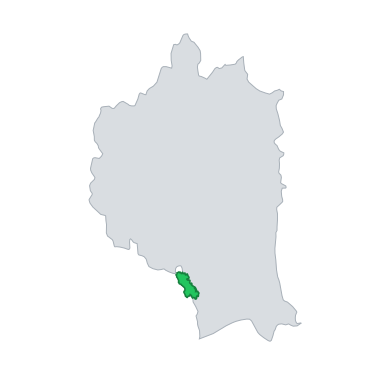 location of Voranava, Grodno, Belarus, rotated 263°
{"feature_id": "67162791B43104058935452", "entity_name": "Voranava", "entity_type": "district", "adm_level": 2, "iso_a3": "BLR", "parent_name": "Belarus", "parent_adm1": "Grodno", "projection": "natural_earth1", "projection_center": [25.132, 54.061], "detail": "fine", "context": "in_parent", "style": "filled", "palette": "green", "viewbox_px": 384, "rotation_deg": 263, "n_neighbors": 0, "source": "geoboundaries", "source_scale": "gbopen_adm2", "svg_char_len": 6889}
<svg xmlns="http://www.w3.org/2000/svg" viewBox="0 0 384 384"><g transform="rotate(263 192 192)"><path d="M320.1,259.4L313.8,259.1L306.2,259.2L302.0,261.6L297.4,260.4L294.1,261.7L286.8,268.2L284.0,271.6L281.3,277.0L279.7,280.9L280.7,283.7L282.2,286.3L282.6,289.1L283.3,291.2L281.5,292.8L280.5,295.1L277.3,294.7L273.4,292.5L272.5,289.3L269.4,287.1L267.4,286.0L264.2,285.8L259.0,286.8L252.3,287.6L247.2,287.8L244.4,289.0L240.3,290.1L238.7,288.8L236.3,285.2L234.4,281.6L233.1,280.0L231.9,279.6L230.6,279.7L229.0,280.8L227.8,282.0L223.6,283.3L221.7,284.6L219.7,287.9L218.3,287.7L216.9,286.9L215.2,283.2L213.0,282.4L209.4,282.3L204.9,281.6L201.3,280.4L200.0,280.7L197.9,282.3L195.6,282.5L190.5,281.1L189.5,281.7L186.6,285.8L185.2,286.0L184.5,285.5L184.8,282.0L181.9,280.7L176.9,280.5L173.4,281.0L171.7,280.9L170.8,280.2L166.5,274.3L164.2,273.9L160.2,274.2L154.2,273.5L147.3,272.2L143.5,271.7L141.5,270.3L137.3,269.9L125.9,267.4L121.2,266.9L114.4,266.9L104.0,266.4L97.3,266.7L94.2,267.5L90.6,268.0L78.2,268.7L73.8,269.4L72.5,270.6L71.1,273.3L65.9,278.0L61.0,281.1L60.0,281.4L57.2,279.8L54.7,279.2L51.9,279.0L49.9,279.5L48.6,280.3L48.8,284.0L48.5,284.3L46.3,280.0L46.5,276.1L47.8,273.8L49.3,271.8L48.7,268.8L50.2,264.9L50.2,262.0L49.6,260.7L48.4,259.3L45.2,257.7L43.8,256.5L39.5,254.8L35.1,252.7L34.4,251.5L34.6,250.6L35.4,249.3L38.7,245.4L42.4,241.7L44.6,240.2L56.8,235.4L58.7,233.7L59.2,230.9L59.0,225.2L58.3,220.0L57.4,216.4L55.1,209.7L48.9,195.8L45.3,181.4L47.7,182.2L53.5,182.6L58.1,181.6L60.4,181.4L62.5,181.7L68.5,180.9L70.0,182.2L72.7,183.4L78.0,181.7L82.7,179.7L87.5,179.9L88.2,178.9L89.4,173.8L90.8,172.7L96.6,173.2L98.8,172.3L101.0,169.8L104.4,168.3L107.3,168.3L110.3,166.5L111.7,167.7L112.4,169.8L111.5,171.5L111.9,172.1L113.9,173.0L117.5,172.9L119.7,172.2L120.3,171.3L120.2,169.5L119.7,167.9L118.2,166.5L115.4,165.8L113.4,165.8L113.1,164.9L113.7,163.0L115.5,159.5L117.6,156.3L118.9,155.1L119.1,154.0L118.8,152.1L118.8,148.6L120.7,143.8L123.2,140.2L126.7,139.0L130.8,138.4L133.5,136.7L134.8,134.7L136.0,131.6L137.3,130.9L147.4,131.3L148.9,128.2L149.8,127.4L151.7,126.4L153.0,125.3L152.5,124.5L149.9,123.9L143.9,123.5L142.6,122.4L143.0,121.2L144.6,118.0L146.1,113.9L146.9,110.7L147.0,108.8L147.8,108.3L152.8,107.7L154.4,107.1L158.6,102.8L161.8,102.0L170.2,103.2L174.0,103.1L178.8,103.4L179.3,102.9L180.9,98.7L189.1,91.8L193.4,89.4L196.2,88.9L197.2,89.0L201.6,92.6L202.7,92.8L205.6,91.3L210.7,91.1L213.1,92.4L216.5,96.8L218.3,97.4L223.2,94.9L225.9,94.1L227.7,94.1L237.1,97.5L237.8,98.6L237.9,99.9L236.6,104.0L238.5,106.5L240.8,108.1L245.6,105.4L247.3,104.6L249.3,104.6L251.8,103.5L253.7,102.0L255.4,101.4L258.9,101.8L265.1,101.4L272.4,103.9L273.0,104.6L276.7,107.5L278.0,108.9L279.2,109.4L281.2,110.7L283.8,111.6L285.6,111.4L286.4,111.8L287.3,112.9L287.4,114.8L287.3,120.1L284.8,122.9L284.5,123.9L284.6,125.1L286.8,127.4L289.5,131.0L290.2,133.1L290.3,134.7L286.8,139.3L285.6,140.4L284.8,142.6L284.5,144.9L284.7,145.9L290.9,149.6L295.5,151.5L296.5,152.5L296.6,153.1L294.4,157.1L294.2,158.1L297.8,159.8L299.9,162.3L301.8,166.6L305.3,170.6L318.3,176.5L319.4,177.6L319.9,178.8L319.6,181.6L317.4,186.9L319.6,187.6L325.2,187.4L332.1,188.1L340.5,191.8L340.6,193.5L339.8,195.0L340.4,196.6L341.4,198.0L348.6,202.2L349.4,203.4L349.6,205.4L349.4,206.9L347.5,207.2L345.3,207.9L341.8,209.7L340.4,212.2L334.8,215.7L331.2,217.3L328.4,217.4L321.5,216.7L319.1,214.9L318.1,213.4L315.4,212.6L311.9,212.6L307.2,212.8L306.2,213.3L305.5,215.3L303.5,218.6L302.1,220.5L308.4,227.0L311.6,229.7L312.6,231.4L312.6,232.6L311.2,234.0L311.5,236.7L314.6,240.4L313.6,241.0L313.4,245.5L313.6,250.4L314.5,251.6L316.1,252.5L317.5,254.3L319.9,258.3L320.1,259.4Z" fill="#d9dde1" stroke="#a8b0b8" stroke-width="1"/><path d="M114.0,172.6L113.4,172.6L113.0,172.4L112.5,172.1L112.3,171.7L112.3,171.4L112.6,171.2L113.3,170.9L113.8,170.6L113.6,170.1L113.4,169.8L113.6,169.5L114.3,169.3L114.2,169.0L114.0,168.6L113.8,168.1L113.7,167.7L113.7,167.3L113.0,167.3L112.7,167.3L112.3,166.9L112.2,166.5L112.2,166.3L111.8,166.0L111.3,166.1L111.0,166.3L110.6,166.6L110.2,166.5L109.5,166.4L109.1,166.7L108.7,167.0L107.9,167.2L107.1,167.5L106.6,167.7L106.3,167.7L106.0,167.9L105.6,168.0L104.8,167.9L104.5,167.7L104.3,167.5L104.0,167.6L103.6,167.9L103.4,168.1L103.2,168.0L102.8,168.0L102.5,168.2L102.2,168.6L102.0,169.0L101.9,169.3L101.9,169.7L101.6,169.9L101.2,170.2L100.8,170.3L100.6,170.6L100.4,170.9L100.1,171.2L99.7,171.4L99.3,171.7L98.5,172.5L97.8,172.9L97.6,173.1L96.7,173.2L96.1,173.1L95.7,173.1L95.1,172.9L94.6,172.6L94.5,172.3L94.5,172.1L94.0,171.8L93.6,171.7L93.2,171.8L92.6,172.0L91.7,172.4L90.8,172.7L90.2,172.7L89.6,172.7L89.3,172.9L89.5,173.2L89.3,173.4L88.8,173.7L88.3,173.8L88.0,174.1L87.9,174.4L88.2,174.7L88.7,175.3L89.1,175.7L89.2,176.2L89.2,176.7L89.3,177.0L89.6,177.2L90.3,177.4L90.6,177.6L90.3,177.9L90.0,178.2L89.6,178.5L89.1,178.9L88.8,179.0L88.3,179.0L87.7,179.1L87.1,179.3L86.6,179.7L86.6,179.8L87.0,180.2L87.2,180.5L87.1,180.9L86.8,181.2L86.7,181.4L86.7,181.7L86.7,181.8L86.2,181.9L85.9,181.9L85.5,182.0L85.3,182.3L85.3,182.7L85.4,183.2L85.5,183.4L85.9,183.6L86.4,183.6L87.1,183.6L87.6,183.7L87.9,183.9L88.3,184.3L88.3,184.5L88.1,184.8L87.8,184.9L87.5,185.0L87.6,185.5L87.9,185.7L88.2,185.8L88.7,185.8L88.9,185.8L89.3,185.8L89.5,185.9L89.7,186.1L90.1,186.1L90.4,186.2L90.5,186.3L90.6,186.5L90.8,186.6L91.1,186.5L91.2,186.3L91.4,186.1L91.6,185.9L92.0,185.8L92.3,185.8L92.3,185.7L92.5,185.7L92.5,185.4L92.5,185.2L92.6,184.9L92.8,184.9L93.1,184.8L93.2,184.7L92.9,184.4L92.7,184.2L92.8,184.1L92.9,183.8L92.8,183.5L93.2,183.6L93.7,183.7L93.9,183.6L94.1,183.5L94.6,183.5L94.9,183.5L95.0,183.8L94.9,184.1L94.8,184.3L95.1,184.2L95.5,184.2L95.8,184.0L96.0,183.9L96.4,183.8L96.6,183.8L96.7,183.7L96.3,183.3L96.1,183.1L96.0,182.8L96.1,182.7L96.4,182.7L96.9,182.9L97.1,183.0L97.5,183.1L97.7,182.8L97.8,182.5L97.8,182.3L98.0,182.1L98.3,182.0L98.5,181.8L98.6,181.6L98.6,181.3L98.6,181.1L98.8,180.9L99.2,180.8L99.5,180.8L99.8,180.7L99.9,180.4L99.8,180.2L100.1,180.0L100.4,180.3L100.6,180.5L100.8,180.7L101.4,180.6L101.6,180.4L101.5,180.1L101.3,179.9L101.2,179.6L101.3,179.4L101.5,179.4L101.8,179.2L101.8,178.8L101.9,178.6L102.3,178.6L102.6,178.6L102.9,178.7L103.2,178.9L103.6,179.1L104.1,179.2L104.5,179.2L104.7,178.8L104.7,178.6L105.0,178.5L105.1,178.2L105.1,177.8L105.0,177.6L104.8,177.4L104.9,177.2L105.0,177.0L105.2,176.8L105.3,176.6L105.7,176.3L106.1,176.2L106.4,176.5L106.5,176.8L106.5,177.2L106.5,177.5L106.7,178.1L106.8,178.4L107.1,178.6L107.6,178.6L108.0,178.5L108.3,178.4L108.5,178.3L108.9,178.1L109.2,177.9L109.4,177.8L109.5,177.7L109.8,177.5L110.3,177.6L110.6,177.6L111.1,177.4L111.3,177.2L111.2,176.8L110.8,176.6L110.7,176.4L110.4,176.1L110.4,175.8L110.5,175.4L110.9,175.3L111.4,175.2L111.8,175.3L112.2,175.2L112.5,175.1L112.5,174.9L112.4,174.7L112.2,174.4L112.0,174.1L112.2,173.8L112.3,173.7L112.0,173.5L112.0,173.2L112.3,173.1L112.8,173.1L114.0,172.6Z" fill="#22c55e" stroke="#15803d" stroke-width="1.5"/></g></svg>